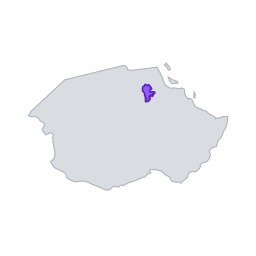 Kilindi, Tanga, United Republic of Tanzania shown in context, rotated 317°
{"feature_id": "72390352B98761165374808", "entity_name": "Kilindi", "entity_type": "district", "adm_level": 2, "iso_a3": "TZA", "parent_name": "United Republic of Tanzania", "parent_adm1": "Tanga", "projection": "mercator", "projection_center": [37.598, -5.503], "detail": "fine", "context": "in_parent", "style": "filled", "palette": "violet", "viewbox_px": 256, "rotation_deg": 317, "n_neighbors": 0, "source": "geoboundaries", "source_scale": "gbopen_adm2", "svg_char_len": 6290}
<svg xmlns="http://www.w3.org/2000/svg" viewBox="0 0 256 256"><g transform="rotate(317 128 128)"><path d="M99.3,172.3L97.0,171.1L94.8,170.3L93.1,169.5L92.3,168.6L90.6,168.3L89.2,168.2L87.9,167.4L85.2,167.1L84.9,166.6L84.8,165.5L84.3,165.2L83.3,164.9L82.3,164.9L81.6,165.1L81.2,165.0L80.4,164.3L79.5,163.5L79.2,162.1L78.0,161.3L76.6,160.6L72.6,160.6L72.0,160.4L71.0,159.7L69.9,158.6L69.0,157.3L68.2,155.6L67.4,153.2L62.9,143.8L62.4,142.0L61.5,140.0L60.0,137.6L58.5,135.8L56.4,134.1L54.0,132.5L52.7,131.4L50.3,127.0L49.8,124.9L49.4,122.8L49.6,121.9L51.1,119.1L51.2,118.3L51.1,117.3L50.3,115.1L49.3,112.4L47.4,107.6L47.1,106.3L47.2,105.4L48.3,100.5L48.3,99.8L52.9,99.9L56.2,97.7L59.1,94.5L59.7,93.1L60.8,91.1L62.0,90.0L62.5,89.3L63.1,87.3L64.6,85.9L66.1,84.8L65.8,84.0L66.0,83.8L66.8,83.2L68.4,82.7L68.7,81.6L68.7,80.4L68.5,79.7L68.5,78.9L68.3,78.5L67.2,78.4L65.7,77.8L64.4,77.5L63.6,77.1L63.2,76.9L63.1,76.1L63.8,74.3L63.1,73.5L64.7,70.4L65.0,70.0L65.6,69.9L66.5,69.6L67.3,69.4L68.0,69.6L68.5,69.4L69.0,69.1L69.4,68.0L69.7,66.2L69.5,64.8L68.8,63.7L68.7,62.0L69.0,59.7L68.7,57.8L68.0,56.3L67.3,55.4L66.1,55.0L64.3,52.7L63.8,51.5L63.9,50.8L64.5,50.5L65.6,50.7L66.7,50.4L67.7,49.7L68.7,49.6L69.2,49.7L114.7,49.7L167.9,79.4L168.2,79.7L168.6,82.3L168.5,83.1L167.7,84.6L167.4,85.4L167.4,85.9L167.6,86.1L168.3,86.2L168.9,86.6L169.1,86.8L169.6,88.0L170.2,88.5L190.4,103.1L190.8,103.3L190.6,104.6L189.4,107.5L189.3,108.8L188.9,110.2L188.5,111.2L187.3,115.4L186.3,116.9L185.0,120.6L184.8,123.4L185.5,125.4L185.8,127.2L187.4,129.0L188.6,129.7L189.4,130.5L190.9,132.4L191.8,134.3L194.5,135.2L195.6,137.4L195.2,138.8L193.9,140.0L192.8,142.0L191.8,144.6L191.8,148.5L192.4,147.9L193.8,148.9L194.0,151.8L192.6,155.2L192.1,156.8L192.0,158.2L193.1,162.2L194.7,164.3L194.6,165.0L194.2,165.5L196.9,169.2L196.7,172.4L197.7,174.8L198.2,177.0L198.9,178.7L199.0,179.8L198.2,181.1L200.2,181.4L201.3,182.4L201.9,183.4L203.4,183.4L204.1,184.0L205.3,184.6L207.8,186.3L208.5,187.1L208.9,187.9L202.0,193.2L199.5,194.5L197.7,195.2L195.8,195.5L194.0,196.3L192.3,197.6L190.1,198.3L187.4,198.3L184.6,199.2L180.2,201.9L177.7,200.4L175.7,200.0L173.4,200.0L171.9,200.2L171.4,200.5L171.0,201.4L170.6,203.0L169.1,204.4L166.5,205.8L164.0,206.3L161.8,206.0L160.2,205.4L159.4,204.6L158.3,204.2L156.7,204.3L155.3,204.9L153.8,206.0L151.6,206.4L148.5,206.3L146.8,205.8L146.6,204.8L145.3,203.8L142.8,202.6L141.0,202.5L139.8,203.7L138.7,204.4L137.7,204.7L136.9,204.8L135.6,204.5L132.2,204.3L129.0,204.4L128.6,202.7L128.0,201.7L127.4,201.0L126.3,200.9L125.9,200.4L125.6,199.4L125.0,198.5L124.3,197.7L123.9,197.0L123.7,196.4L123.8,195.7L124.5,193.9L124.7,192.8L124.6,191.5L124.3,190.3L123.5,188.8L123.6,188.4L123.3,187.4L123.3,186.7L123.4,185.8L123.3,184.6L122.6,182.1L122.6,181.5L121.9,180.3L119.8,177.5L119.7,177.1L116.3,174.2L115.0,173.6L114.5,174.2L114.3,174.7L114.4,175.6L114.4,176.0L114.2,176.2L113.4,176.2L112.9,176.1L111.6,175.3L110.6,175.1L108.2,175.3L107.3,175.5L106.6,175.3L105.3,174.0L103.8,173.7L102.4,173.6L100.1,172.1L99.3,172.3ZM194.8,124.9L195.9,128.1L195.8,128.6L195.0,129.0L194.6,129.0L194.1,128.5L193.8,127.5L193.2,127.7L192.2,126.5L191.2,126.4L190.3,124.9L190.6,123.6L190.4,121.4L191.5,120.3L192.1,118.3L192.8,119.6L193.0,121.7L193.9,124.1L194.8,124.9ZM200.2,106.4L200.3,107.2L200.0,107.9L200.1,110.1L200.0,111.5L199.2,113.6L198.5,114.3L197.9,114.1L197.4,113.7L197.0,113.2L197.8,109.5L197.4,106.7L199.0,107.0L200.2,106.4ZM198.0,151.3L197.2,151.5L196.9,151.3L196.4,150.7L197.2,150.2L198.0,149.2L199.9,147.7L200.8,146.5L200.7,147.7L199.6,150.2L198.7,150.4L198.0,151.3Z" fill="#d9dde1" stroke="#a8b0b8" stroke-width="1"/><path d="M158.9,120.9L159.6,120.4L159.9,120.9L160.0,121.1L160.4,121.8L160.5,122.0L160.8,122.3L161.1,122.4L161.4,122.4L162.0,122.4L162.4,122.3L162.5,122.3L162.6,122.2L162.7,122.3L162.8,122.3L163.0,122.1L163.3,122.1L163.6,122.0L163.8,122.0L164.0,121.9L164.2,121.7L164.3,121.5L164.3,121.4L164.3,121.1L164.2,121.0L164.3,120.9L164.3,120.7L164.3,120.3L164.5,120.1L164.6,119.9L164.8,119.8L165.0,119.5L165.3,119.5L165.5,119.6L165.6,119.8L165.7,119.7L165.8,119.7L165.9,119.8L166.0,119.7L166.1,119.8L166.2,119.7L166.2,119.8L166.2,119.7L166.3,119.7L166.3,119.8L166.4,119.7L166.5,119.7L166.5,119.8L166.7,120.0L166.8,120.1L167.0,120.0L167.2,120.3L167.3,120.3L167.5,120.5L167.4,120.9L167.5,120.9L167.6,121.0L167.8,121.1L167.8,121.3L167.7,121.5L167.8,121.5L168.2,121.4L168.6,121.1L168.7,120.9L168.8,120.8L168.8,120.7L169.0,120.5L169.0,120.4L169.1,120.5L169.3,120.5L169.4,120.4L169.4,120.5L169.5,120.5L169.5,120.8L169.7,120.7L169.8,120.7L169.8,120.8L170.0,120.9L170.4,120.7L170.5,120.7L170.7,120.8L170.9,120.8L171.1,120.8L171.2,120.7L171.3,120.7L171.5,120.5L171.8,120.4L171.9,120.2L172.0,120.1L172.0,119.9L171.9,119.8L171.9,119.7L171.7,119.3L171.4,118.9L171.2,118.7L170.8,118.5L170.8,118.4L170.6,118.2L170.3,118.0L170.2,117.8L169.8,117.4L169.6,117.2L169.3,117.1L169.2,117.1L168.8,117.0L168.7,116.9L168.7,116.7L168.8,116.5L168.8,116.3L168.9,116.1L169.1,115.7L169.4,115.3L169.5,115.2L170.4,115.1L170.5,115.2L170.9,115.4L171.0,115.5L171.3,115.5L171.5,115.7L172.0,115.6L172.2,115.1L172.3,114.6L172.4,114.1L172.5,113.9L172.4,113.6L172.5,113.4L172.4,113.4L172.5,113.3L172.4,113.1L172.5,112.9L172.6,112.7L172.7,112.4L172.7,112.0L172.7,111.6L172.7,111.4L172.7,111.0L172.8,110.5L172.7,110.3L172.3,110.3L172.0,110.3L171.5,110.3L171.1,110.3L171.0,110.2L171.1,109.9L170.9,109.8L170.9,109.7L170.8,109.4L170.8,109.2L170.8,108.9L170.8,108.7L170.8,108.4L170.7,108.2L170.4,108.1L170.2,108.1L170.1,108.3L170.1,108.2L169.9,108.1L169.7,108.0L169.7,107.9L169.3,108.0L168.8,108.2L168.5,108.4L168.4,108.4L167.7,108.0L167.3,107.9L167.1,107.9L165.7,108.7L165.6,108.9L165.3,109.2L164.1,110.6L163.8,111.0L164.2,111.5L163.4,114.4L162.8,115.1L162.6,115.3L162.5,115.5L162.4,115.5L162.2,115.6L162.2,115.8L162.1,116.0L162.3,116.3L162.2,116.5L162.3,116.6L162.2,116.7L162.1,116.8L162.1,117.0L162.1,116.9L161.9,116.9L161.8,117.0L161.8,117.3L161.6,117.4L161.4,117.7L161.3,117.8L161.0,118.3L161.3,118.2L161.5,118.2L161.6,118.3L161.6,118.8L161.5,118.7L161.4,118.7L161.0,118.7L160.9,118.7L160.7,118.6L160.5,118.8L160.4,119.0L160.2,119.0L159.9,119.2L159.8,119.3L159.7,119.5L159.5,119.8L159.4,119.9L159.3,120.0L159.2,120.1L159.1,120.4L159.0,120.5L158.9,120.6L159.0,120.7L158.9,120.8L158.9,120.9Z" fill="#8b5cf6" stroke="#5b21b6" stroke-width="1.5"/></g></svg>